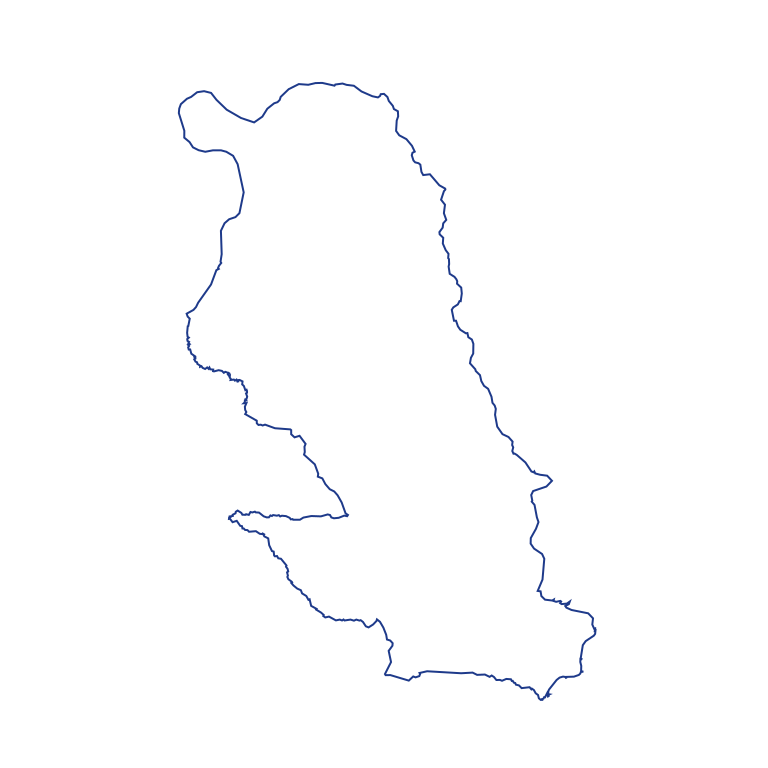 the district of Bole, Northern, Ghana, rotated 194°
{"feature_id": "2480657B39398526932747", "entity_name": "Bole", "entity_type": "district", "adm_level": 2, "iso_a3": "GHA", "parent_name": "Ghana", "parent_adm1": "Northern", "projection": "orthographic", "projection_center": [-2.328, 8.691], "detail": "fine", "context": "isolated", "style": "outline", "palette": "blue", "viewbox_px": 768, "rotation_deg": 194, "n_neighbors": 0, "source": "geoboundaries", "source_scale": "gbopen_adm2", "svg_char_len": 6166}
<svg xmlns="http://www.w3.org/2000/svg" viewBox="0 0 768 768"><g transform="rotate(194 384 384)"><path d="M155.5,115.4L154.1,115.8L154.4,116.5L153.2,117.2L152.8,118.9L152.0,118.9L151.0,123.2L149.3,120.5L148.7,121.2L149.3,122.2L148.4,122.9L149.8,122.8L150.0,124.5L150.6,124.2L149.9,127.6L144.9,138.6L142.6,141.6L139.5,143.4L137.3,143.6L135.7,142.4L136.6,143.8L128.9,146.0L124.6,148.8L123.5,150.5L123.3,152.9L122.5,152.5L121.0,153.1L123.3,153.1L124.4,158.2L126.3,161.8L126.9,164.7L125.1,164.7L126.8,165.6L127.9,178.7L126.1,183.3L119.5,190.6L118.7,192.6L119.2,196.2L119.8,195.7L120.1,197.9L120.9,197.4L123.7,201.0L124.5,207.2L130.4,210.9L147.3,210.1L152.9,211.1L154.4,212.4L151.4,215.1L151.1,217.9L153.4,215.2L158.4,213.4L160.1,214.0L159.5,215.8L160.4,216.2L164.3,214.3L167.1,214.5L167.1,215.9L168.4,214.6L175.6,213.7L180.0,216.3L181.9,220.7L184.8,220.4L182.9,232.6L186.2,253.2L189.5,257.3L198.6,260.6L203.1,264.6L204.3,270.0L201.5,280.3L200.7,287.4L203.4,291.6L208.7,303.1L212.2,305.6L211.9,306.7L214.3,311.9L213.4,316.2L201.6,323.8L197.6,330.7L203.5,334.5L210.6,333.7L215.6,333.8L217.0,335.5L217.4,334.5L219.8,334.8L227.8,342.1L238.0,347.3L240.6,348.1L241.5,347.7L243.3,350.0L243.3,353.8L244.9,355.8L245.3,359.2L250.4,362.7L256.9,364.0L263.8,370.0L268.8,381.0L269.5,386.9L271.4,389.9L274.2,392.0L276.6,397.6L281.8,404.5L286.5,406.4L290.3,410.4L293.0,415.8L298.1,418.8L299.0,420.4L305.6,424.9L306.0,430.4L304.8,435.1L307.0,444.6L309.5,448.4L313.5,449.8L315.4,453.6L316.8,453.0L323.1,455.1L326.2,457.8L329.4,462.8L331.4,462.3L336.2,472.4L335.3,475.1L331.6,479.1L330.8,482.7L329.6,482.9L330.4,490.6L332.4,496.2L337.4,499.0L337.8,501.4L339.1,503.1L341.5,505.0L346.9,506.8L349.7,513.6L349.8,516.1L351.2,520.9L352.2,521.7L352.9,525.9L356.5,528.8L360.9,534.5L361.9,540.2L366.2,542.7L367.0,544.8L364.9,549.9L365.4,554.2L363.3,558.3L367.2,564.2L368.2,572.7L373.2,576.6L372.5,585.6L371.5,587.5L371.9,588.4L378.4,590.2L390.2,598.6L396.5,596.2L399.0,598.9L401.8,605.6L403.9,606.6L407.4,606.6L409.5,608.0L412.4,612.7L412.3,615.3L410.4,616.9L414.5,621.9L421.5,627.0L429.4,629.0L433.5,632.5L435.4,642.7L435.0,647.1L436.5,652.0L440.9,653.2L442.7,656.0L447.8,659.8L450.1,663.3L454.2,665.5L457.3,664.4L457.5,662.6L459.2,660.6L464.9,660.4L476.6,662.4L485.4,666.1L492.7,665.2L496.9,665.5L503.7,662.8L504.2,661.5L516.8,661.2L523.3,659.4L529.9,656.0L539.2,654.4L547.8,647.0L553.7,637.6L553.9,634.4L555.5,631.7L558.5,629.8L563.8,622.9L566.7,614.0L573.3,606.4L587.0,607.5L603.0,612.1L615.3,619.2L622.2,624.6L629.4,624.6L635.9,621.9L640.6,615.9L644.2,613.1L648.8,606.4L649.3,601.7L648.6,597.2L639.0,581.4L637.4,574.7L631.2,571.7L626.6,567.4L620.4,566.0L613.6,566.1L606.6,569.3L598.6,571.3L593.2,571.2L585.6,568.9L579.2,561.9L566.5,536.0L565.6,514.8L568.5,510.0L574.1,506.4L577.6,501.4L579.3,493.2L572.9,470.7L572.2,463.1L571.2,462.1L572.7,458.8L573.1,456.3L572.2,455.7L574.2,453.9L575.9,438.7L584.0,417.9L585.0,413.2L586.8,409.8L592.5,404.5L590.8,401.9L588.3,400.4L587.9,392.9L588.4,392.5L587.4,386.0L586.0,382.3L584.6,381.8L585.8,380.0L585.1,378.3L583.3,377.7L583.7,376.3L582.3,375.7L583.6,374.6L582.3,373.8L582.9,372.2L581.8,370.2L580.4,370.6L578.3,366.8L573.7,365.0L573.3,363.6L574.0,363.6L573.4,362.8L574.1,362.0L572.3,360.1L570.6,359.8L570.0,358.4L566.8,357.3L566.6,356.2L565.4,357.1L563.9,355.8L561.2,355.3L559.6,357.3L557.9,356.3L557.4,357.8L556.1,356.2L553.2,356.7L553.0,355.1L552.0,355.1L547.8,357.4L544.4,357.5L542.1,356.1L541.0,357.4L539.3,357.3L538.1,356.9L538.4,356.0L537.6,357.2L536.8,356.9L537.8,355.6L536.5,354.5L535.6,355.1L535.3,353.0L533.7,351.7L533.8,350.8L530.7,352.0L529.5,351.2L528.2,352.6L526.8,350.9L526.0,351.3L526.2,352.6L525.1,353.0L521.9,352.3L521.5,349.3L519.5,348.2L517.0,344.4L516.0,345.2L515.2,344.0L514.8,342.4L515.6,341.5L513.7,338.7L513.8,336.2L514.6,335.7L513.6,334.7L515.0,334.3L514.7,332.5L515.4,331.4L512.9,332.2L513.5,328.3L512.4,325.2L510.8,323.5L511.4,321.2L498.6,317.6L497.9,315.1L495.9,313.9L493.7,314.7L491.7,314.4L489.6,315.8L479.1,314.7L463.9,317.3L462.9,316.8L461.9,312.8L457.9,310.6L453.4,313.3L445.6,306.9L446.0,303.9L444.4,298.8L444.5,296.1L431.7,289.3L426.1,281.0L425.8,278.1L421.0,277.5L416.7,272.7L411.2,268.8L406.3,267.7L402.1,264.8L396.4,258.8L390.0,249.2L387.3,248.2L387.8,246.8L390.7,246.7L395.6,243.2L400.1,241.6L402.8,241.8L404.7,243.8L407.1,243.8L413.2,240.3L422.6,238.3L429.9,234.9L432.7,232.0L439.3,230.3L440.0,230.8L441.7,230.1L443.1,231.3L447.1,232.1L451.2,231.5L452.7,230.4L454.3,231.3L456.1,230.3L459.9,230.0L460.8,228.8L462.4,229.0L463.4,226.8L465.5,226.2L468.7,226.5L474.2,229.0L477.4,228.4L478.4,228.9L480.7,227.5L482.6,227.5L483.5,224.3L486.3,224.3L486.6,223.6L489.8,222.9L491.2,224.4L495.4,225.8L496.9,224.2L496.8,222.6L499.2,220.5L498.8,219.4L501.4,218.3L500.9,217.7L502.0,217.1L501.8,215.6L500.9,216.0L497.5,213.3L493.8,215.6L489.2,211.6L487.4,211.7L486.4,209.6L485.2,209.9L483.5,208.8L481.1,209.2L479.2,208.0L472.7,210.2L468.3,208.6L466.0,208.9L465.6,209.6L463.9,209.1L464.2,208.3L463.3,207.2L459.0,206.2L456.4,199.8L452.3,194.8L450.5,194.7L449.1,191.0L448.1,190.4L446.2,191.2L444.4,189.3L441.7,189.5L434.7,184.3L434.9,183.0L432.9,181.4L431.6,178.9L432.5,177.8L430.9,174.9L431.1,173.4L429.5,171.4L425.6,169.8L425.1,169.2L425.8,168.5L423.1,166.6L418.7,164.5L414.8,163.8L412.8,161.0L408.1,159.5L405.1,156.3L404.1,157.1L401.0,151.1L395.0,149.5L395.3,148.7L389.8,147.0L386.6,145.3L386.8,144.2L384.5,143.3L381.1,145.0L373.5,143.0L369.9,144.7L367.5,144.4L366.3,145.7L365.1,145.0L359.5,147.3L355.9,147.1L353.9,148.7L350.6,148.5L349.5,149.2L346.8,148.0L343.0,144.5L340.1,144.1L336.4,148.0L334.0,152.2L333.9,153.9L330.4,152.3L325.7,147.5L321.2,141.2L319.3,136.8L315.9,136.6L312.9,134.6L312.5,132.1L314.9,126.2L309.9,115.9L312.9,102.8L312.0,101.9L307.4,103.1L288.2,102.2L284.9,107.3L282.4,107.0L279.1,109.1L278.8,111.3L279.6,112.2L272.7,115.7L239.2,122.0L228.2,125.4L223.3,124.3L215.8,126.5L210.7,125.4L209.0,127.2L206.4,126.3L203.4,124.0L199.8,124.9L197.7,124.6L194.0,127.4L189.4,128.2L188.2,126.8L187.3,127.1L185.7,125.6L184.3,125.6L183.3,124.2L180.1,124.2L176.9,122.2L169.4,125.0L167.2,123.4L166.8,124.2L164.5,123.3L162.0,120.6L159.3,119.5L157.7,116.5L155.5,115.4Z" fill="none" stroke="#1e3a8a" stroke-width="2"/></g></svg>